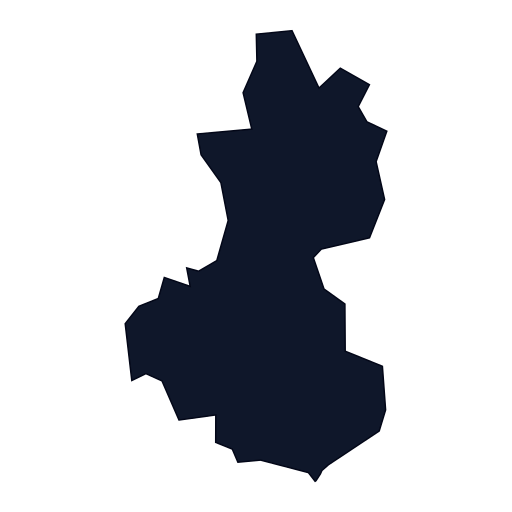 SVG path tracing the border of Lempira
{"feature_id": "HND-652", "entity_name": "Lempira", "entity_type": "Department", "adm_level": 1, "iso_a3": "HND", "parent_name": "Honduras", "parent_adm1": "", "projection": "natural_earth1", "projection_center": [-88.611, 14.455], "detail": "coarse", "context": "isolated", "style": "filled", "palette": "ink", "viewbox_px": 512, "rotation_deg": 0, "n_neighbors": 0, "source": "natural_earth", "source_scale": "10m", "svg_char_len": 725}
<svg xmlns="http://www.w3.org/2000/svg" viewBox="0 0 512 512"><path d="M131.8,380.5L125.2,323.7L138.9,306.3L158.3,298.5L164.3,277.5L190.2,286.4L186.7,267.9L198.6,271.2L216.8,260.6L228.2,220.5L220.9,182.6L201.1,154.8L197.3,134.0L251.8,129.1L243.1,92.7L256.9,61.3L256.3,34.2L292.0,30.7L319.0,88.1L340.3,68.2L369.4,84.7L358.2,106.6L366.9,121.8L386.8,131.2L376.1,161.6L384.6,199.5L369.5,237.8L321.3,249.1L313.3,257.6L324.0,289.0L344.9,304.0L345.2,351.2L382.4,366.3L385.6,409.9L379.2,431.0L328.5,464.7L321.9,470.5L320.4,473.9L316.0,480.7L315.1,481.3L308.4,472.6L260.6,460.1L237.9,462.2L232.3,449.1L215.7,442.4L215.8,414.9L179.0,420.0L162.0,380.9L145.9,373.6L131.8,380.5Z" fill="#0f172a" stroke="#020617" stroke-width="1.5"/></svg>